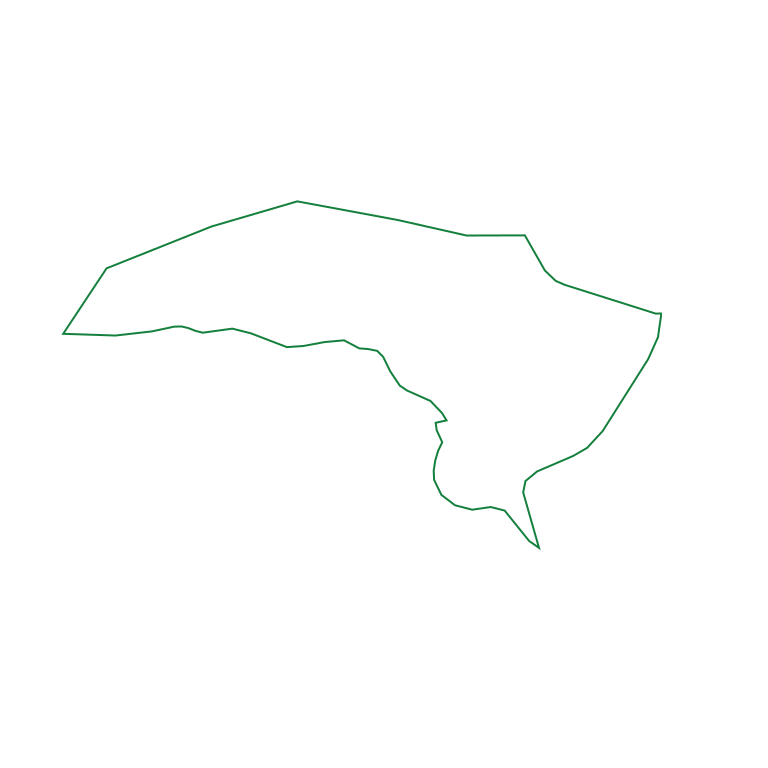 an SVG outline of Moyo, rotated 70°
{"feature_id": "UGA-3085", "entity_name": "Moyo", "entity_type": "District", "adm_level": 1, "iso_a3": "UGA", "parent_name": "Uganda", "parent_adm1": "", "projection": "natural_earth1", "projection_center": [31.745, 3.481], "detail": "fine", "context": "isolated", "style": "outline", "palette": "green", "viewbox_px": 768, "rotation_deg": 70, "n_neighbors": 0, "source": "natural_earth", "source_scale": "10m", "svg_char_len": 884}
<svg xmlns="http://www.w3.org/2000/svg" viewBox="0 0 768 768"><g transform="rotate(70 384 384)"><path d="M429.3,108.2L433.7,110.5L451.0,127.3L503.0,194.6L513.5,215.0L516.3,231.0L518.5,270.0L523.6,284.3L533.5,290.3L591.0,294.4L581.2,301.3L544.2,313.9L536.1,325.8L532.3,344.1L522.2,358.8L507.8,368.0L491.2,369.7L482.6,367.0L473.7,362.2L465.3,356.0L458.7,349.2L445.5,350.3L438.1,348.7L439.6,337.7L431.2,339.4L415.9,346.1L398.0,364.6L390.9,369.7L374.3,373.8L358.2,375.5L350.5,379.1L345.7,387.0L342.1,395.0L329.3,406.6L324.3,425.4L320.7,446.8L316.1,462.7L290.8,491.8L280.1,507.6L273.8,536.8L269.4,543.2L264.4,548.9L260.7,554.6L258.4,561.3L255.2,584.0L246.6,619.8L227.1,668.3L180.4,605.1L177.0,492.3L182.7,403.1L234.9,314.5L272.7,255.7L292.5,200.8L332.4,194.0L345.8,187.4L352.6,180.3L410.8,104.6L412.4,99.7L414.6,100.3L429.3,108.2Z" fill="none" stroke="#15803d" stroke-width="2"/></g></svg>